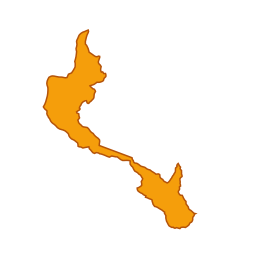 Pirapozinho, São Paulo, Brazil (Robinson projection), rotated 109°
{"feature_id": "56859067B23767798261790", "entity_name": "Pirapozinho", "entity_type": "district", "adm_level": 2, "iso_a3": "BRA", "parent_name": "Brazil", "parent_adm1": "São Paulo", "projection": "robinson", "projection_center": [-51.607, -22.434], "detail": "fine", "context": "isolated", "style": "filled", "palette": "amber", "viewbox_px": 256, "rotation_deg": 109, "n_neighbors": 0, "source": "geoboundaries", "source_scale": "gbopen_adm2", "svg_char_len": 4545}
<svg xmlns="http://www.w3.org/2000/svg" viewBox="0 0 256 256"><g transform="rotate(109 128 128)"><path d="M145.2,69.0L146.4,69.6L147.6,69.6L148.6,69.1L150.4,70.0L151.8,69.6L153.1,69.2L154.5,69.0L156.0,69.5L157.3,69.6L159.0,70.2L160.3,70.4L161.3,70.5L162.5,71.0L163.8,71.2L164.9,71.6L166.1,72.1L167.2,73.1L166.9,74.9L166.7,76.5L166.1,77.5L165.3,78.4L165.1,79.6L164.7,80.9L163.8,81.9L162.8,82.3L161.7,82.9L161.5,84.2L162.0,85.4L162.6,86.5L162.1,87.7L161.8,88.9L161.5,90.1L161.3,91.3L160.9,92.4L160.5,93.5L160.6,95.0L160.6,96.3L160.2,97.7L159.7,99.3L159.8,101.5L159.9,103.2L159.4,104.9L158.9,106.2L158.5,108.2L158.9,110.1L158.6,111.3L157.1,112.4L156.2,113.7L154.8,114.5L153.9,149.5L152.2,150.0L150.9,150.2L149.6,150.5L148.5,151.1L147.5,152.8L147.1,154.2L146.5,155.9L145.7,157.5L144.5,159.2L144.1,161.0L143.3,162.6L141.4,165.2L140.8,166.7L141.2,169.2L141.5,170.7L141.2,172.1L140.4,173.5L139.8,175.1L138.9,176.5L137.9,177.1L136.9,178.0L134.2,177.1L132.6,178.3L130.6,179.2L130.5,181.1L129.5,181.9L127.9,180.8L126.8,179.8L125.6,179.5L125.0,180.5L123.2,180.5L121.8,180.0L120.8,180.0L119.6,179.8L117.9,179.0L116.3,177.5L115.7,176.2L117.5,174.9L117.8,173.7L117.0,172.9L115.7,172.5L114.7,171.7L113.1,171.0L111.4,170.2L110.0,170.2L108.6,170.6L106.8,171.0L105.3,170.9L104.1,170.6L103.0,171.5L102.2,172.9L102.4,174.1L101.6,175.5L101.2,176.8L100.5,177.7L99.6,176.6L98.8,175.5L98.0,174.5L97.0,173.7L96.2,173.1L94.9,172.3L94.3,170.4L93.8,169.4L92.6,167.8L91.2,166.7L88.9,166.8L86.6,165.7L85.1,166.1L83.8,167.0L84.4,168.7L83.2,170.2L83.8,171.4L82.6,172.5L81.1,173.1L80.1,173.2L78.6,173.4L77.5,174.8L76.8,176.3L76.1,177.1L75.1,177.6L73.6,177.7L71.8,177.7L70.5,177.7L69.5,178.1L69.6,179.2L70.7,180.5L71.0,182.0L70.7,183.5L70.1,185.4L69.0,189.4L65.8,191.6L64.5,192.9L63.3,194.1L62.5,195.6L60.0,196.5L58.9,196.6L55.9,196.9L53.6,197.0L50.7,196.7L49.4,196.8L48.3,197.6L51.1,200.6L52.1,201.9L53.8,203.3L55.5,204.2L56.6,204.5L59.8,204.7L61.3,204.9L62.7,204.9L64.0,204.3L65.5,203.5L67.7,203.1L69.7,203.0L71.0,202.4L72.4,201.5L74.5,201.0L77.3,200.4L80.2,200.1L82.4,200.0L83.8,199.1L85.1,198.6L87.0,198.0L88.0,197.9L91.4,198.5L94.3,199.3L96.5,201.8L100.1,202.1L100.9,203.5L101.1,204.8L101.4,207.0L102.3,209.9L103.0,214.9L103.5,216.7L104.4,218.0L105.9,219.3L108.1,219.6L110.0,219.7L112.2,219.3L113.8,218.5L115.2,217.4L116.1,216.8L118.3,216.0L121.2,215.2L124.0,214.7L129.9,214.3L132.6,214.4L135.6,214.9L137.1,212.9L137.5,211.8L138.1,210.3L139.5,209.7L140.9,209.4L142.2,208.4L142.8,207.5L143.9,206.6L144.7,205.2L146.5,203.5L147.5,202.1L148.2,200.4L148.6,198.9L149.4,197.0L150.6,194.9L150.9,193.8L151.2,192.4L151.1,190.0L151.0,188.6L151.2,186.6L151.7,185.1L152.7,182.8L153.4,182.1L154.8,181.1L155.6,180.1L156.7,178.0L156.9,176.1L157.1,174.8L157.6,173.3L158.1,172.0L158.5,170.8L160.1,169.8L161.5,169.3L161.7,168.1L161.3,166.4L161.6,164.2L160.4,162.2L159.3,160.2L158.5,158.9L160.2,157.8L161.0,156.1L161.9,154.7L162.8,153.1L162.9,151.3L161.6,150.1L161.2,147.8L161.6,146.3L161.3,144.9L161.3,142.8L161.4,140.4L161.6,138.5L161.6,136.1L159.8,134.3L159.3,130.4L158.8,128.7L159.9,125.7L160.3,124.2L160.4,122.3L159.6,120.2L158.9,118.4L158.4,116.4L158.5,115.1L160.0,114.8L161.6,114.1L163.0,112.1L163.4,110.9L164.7,109.7L165.9,108.4L166.6,107.4L166.8,106.0L167.1,104.5L168.1,102.6L168.4,101.0L169.1,100.0L169.8,99.3L171.1,97.6L172.4,97.6L174.4,98.0L176.0,97.0L177.8,96.4L179.1,97.1L180.9,98.6L181.8,99.8L183.4,99.0L184.4,97.8L184.8,96.5L185.2,95.0L185.4,92.9L186.0,91.9L186.2,90.4L186.3,89.0L187.8,88.9L187.7,87.2L187.9,85.7L188.0,84.5L187.9,83.3L188.3,81.7L189.6,81.2L190.7,80.3L192.0,79.4L192.8,78.3L193.5,77.3L193.3,75.6L193.6,73.6L194.0,72.1L194.4,70.0L194.7,68.7L195.3,67.3L195.6,66.0L196.7,65.8L197.4,65.0L198.6,63.6L199.8,63.3L201.2,62.7L202.5,61.9L203.6,61.2L204.5,60.2L205.9,58.8L207.1,57.4L207.5,55.8L207.7,54.2L207.1,52.8L207.6,51.7L207.2,50.5L206.4,49.7L206.3,47.8L206.2,46.2L204.7,45.5L204.1,44.3L203.6,43.0L203.4,41.4L202.5,40.6L201.1,39.6L199.7,38.8L198.5,38.7L197.2,38.3L196.3,37.3L194.8,36.9L193.4,37.0L192.5,37.4L191.2,37.6L189.3,37.0L187.9,37.2L187.0,36.3L187.1,38.1L186.4,39.5L185.5,41.7L185.1,43.5L184.3,44.6L183.1,45.2L181.9,46.9L180.9,48.4L179.6,48.9L178.5,49.3L177.8,50.8L176.4,52.5L175.1,53.7L174.0,54.8L174.5,56.6L173.7,58.2L172.5,59.4L171.4,59.8L170.4,59.5L169.0,59.3L167.7,59.9L166.7,60.2L165.8,59.4L164.5,60.0L163.4,60.8L162.1,61.0L160.4,61.9L159.1,62.4L157.7,62.0L156.3,61.1L155.0,61.6L154.2,62.4L153.1,62.7L151.8,63.2L150.7,63.6L150.1,64.9L149.2,65.6L147.9,65.6L147.1,67.0L146.0,68.1L145.2,69.0Z" fill="#f59e0b" stroke="#b45309" stroke-width="1.5"/></g></svg>